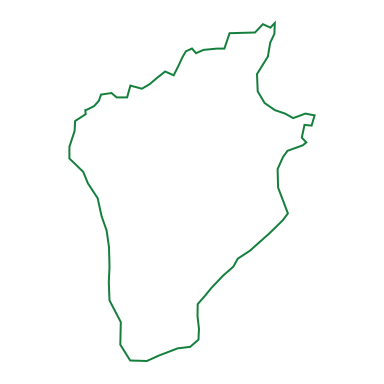 Potamitissa, Limassol, Cyprus (Robinson projection)
{"feature_id": "46923920B84846265665019", "entity_name": "Potamitissa", "entity_type": "district", "adm_level": 2, "iso_a3": "CYP", "parent_name": "Cyprus", "parent_adm1": "Limassol", "projection": "robinson", "projection_center": [32.989, 34.901], "detail": "fine", "context": "isolated", "style": "outline", "palette": "green", "viewbox_px": 384, "rotation_deg": 0, "n_neighbors": 0, "source": "geoboundaries", "source_scale": "gbopen_adm2", "svg_char_len": 1118}
<svg xmlns="http://www.w3.org/2000/svg" viewBox="0 0 384 384"><path d="M274.8,23.0L270.4,27.6L262.9,24.2L255.0,32.5L229.6,33.2L224.4,48.6L216.8,48.6L203.5,49.9L196.0,53.2L192.0,48.5L185.9,51.3L182.5,57.1L178.8,65.1L173.7,75.3L165.1,71.5L156.9,78.0L149.6,84.2L141.9,88.7L130.4,85.6L127.1,97.4L116.7,97.4L111.4,93.0L101.0,94.6L98.9,100.8L94.1,106.1L86.7,109.8L85.3,110.1L85.7,114.2L75.1,121.0L74.6,131.0L69.4,146.8L69.4,158.5L83.2,171.8L87.9,183.3L97.7,198.3L101.6,216.3L106.6,230.4L109.0,247.2L109.5,266.6L108.8,282.2L109.5,300.4L120.8,322.1L120.3,344.7L130.2,360.5L146.9,361.0L158.7,355.6L177.0,348.6L177.8,348.3L190.1,346.9L198.5,339.6L198.7,334.0L199.0,329.1L197.5,316.2L197.7,304.1L204.4,296.5L211.5,287.8L213.3,285.9L223.1,275.6L233.4,266.6L237.8,258.6L249.8,250.8L259.9,241.8L270.0,232.8L282.8,220.2L287.9,213.4L278.1,187.6L277.6,169.1L283.0,157.0L287.5,150.8L302.8,145.3L306.3,142.4L301.8,137.6L304.5,124.9L311.6,125.6L314.6,115.4L305.4,113.6L293.2,118.1L285.1,113.6L274.8,110.1L264.6,103.0L257.7,91.4L257.0,74.1L267.9,56.5L270.2,42.7L274.4,33.8L274.8,23.0Z" fill="none" stroke="#15803d" stroke-width="2"/></svg>